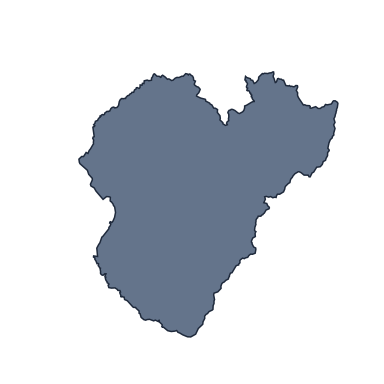 the district of Rong Kwang, Phrae, Thailand, rotated 18°
{"feature_id": "78962969B55827771181130", "entity_name": "Rong Kwang", "entity_type": "district", "adm_level": 2, "iso_a3": "THA", "parent_name": "Thailand", "parent_adm1": "Phrae", "projection": "natural_earth1", "projection_center": [100.384, 18.327], "detail": "fine", "context": "isolated", "style": "filled", "palette": "slate", "viewbox_px": 384, "rotation_deg": 18, "n_neighbors": 0, "source": "geoboundaries", "source_scale": "gbopen_adm2", "svg_char_len": 5952}
<svg xmlns="http://www.w3.org/2000/svg" viewBox="0 0 384 384"><g transform="rotate(18 192 192)"><path d="M215.4,331.1L218.7,329.6L220.2,328.5L222.0,329.8L223.9,329.9L227.4,330.7L232.5,331.1L235.6,330.2L239.4,326.1L240.2,319.8L243.1,314.5L242.6,312.0L243.2,308.3L242.4,306.2L243.2,304.0L244.3,302.9L245.2,300.4L247.7,298.1L248.2,297.2L247.2,293.5L247.4,291.3L246.6,288.8L246.7,287.4L244.4,283.2L244.2,281.4L247.4,279.0L249.4,274.7L248.6,272.6L248.7,269.8L249.4,268.6L250.4,267.7L251.5,265.5L253.5,263.5L253.3,261.9L253.7,260.9L253.4,260.1L253.6,257.3L255.0,256.4L256.7,248.7L257.5,247.8L258.9,247.0L258.7,246.1L259.5,244.5L258.7,242.4L259.1,241.3L260.5,239.3L262.4,239.2L263.2,238.1L264.9,237.1L265.4,236.4L265.6,235.0L266.9,233.0L268.8,232.5L271.0,230.7L270.5,227.0L269.9,225.6L267.6,225.2L265.2,222.8L264.9,221.8L264.0,221.3L263.7,220.0L264.0,217.0L266.0,214.8L264.8,212.0L265.0,209.9L264.2,209.8L263.3,209.0L262.7,206.1L262.8,203.0L262.0,201.7L262.1,200.8L261.5,198.7L261.9,196.8L262.4,196.3L262.4,194.6L265.0,193.7L265.3,192.6L266.4,191.6L266.6,190.6L267.3,189.7L268.0,186.3L270.4,184.2L270.5,183.2L269.9,182.4L268.2,181.7L266.7,179.8L263.6,180.0L264.0,176.2L262.6,174.1L264.0,173.2L266.5,173.2L268.3,172.0L270.6,172.5L272.3,171.4L273.7,171.2L273.5,169.7L273.9,167.7L276.1,167.0L279.0,163.6L279.3,160.5L279.0,158.9L279.2,157.6L281.0,154.1L282.2,152.8L281.9,150.3L282.1,148.6L282.8,147.3L283.1,145.5L284.2,142.9L286.7,140.0L287.5,139.6L289.8,139.9L293.3,141.3L297.3,140.1L298.7,141.4L299.7,141.1L300.3,136.8L301.6,135.4L302.9,129.9L306.2,128.3L307.4,125.5L307.4,122.5L309.2,120.6L309.1,118.6L309.7,115.6L308.8,112.6L309.7,110.3L309.2,109.4L307.7,108.5L307.1,103.0L307.4,99.4L308.6,97.3L308.4,95.7L309.3,94.0L308.6,92.4L308.4,87.4L306.0,84.4L306.5,81.6L304.3,78.5L304.7,76.2L304.4,73.9L304.5,72.2L304.2,70.9L304.3,69.9L303.9,68.5L304.1,66.8L303.4,62.7L302.6,61.8L300.0,61.0L298.5,61.5L298.0,62.3L297.6,64.3L297.1,65.4L293.7,67.3L291.9,67.5L291.2,70.0L289.3,71.2L288.2,72.9L286.1,73.6L283.3,72.6L279.4,75.5L278.5,75.7L278.2,75.5L278.0,74.1L277.1,73.6L274.0,74.4L272.3,74.2L271.0,74.8L264.6,69.8L262.9,68.1L262.1,66.4L261.9,65.1L259.8,63.2L260.1,59.5L259.4,58.3L257.9,58.6L256.8,60.2L255.8,60.6L254.1,60.6L252.9,61.2L251.9,60.6L250.8,61.4L248.3,61.7L244.5,57.3L243.5,57.7L242.2,57.1L240.3,57.6L239.2,57.3L238.4,57.8L238.3,60.8L237.8,62.0L237.4,62.2L234.9,58.6L233.8,57.6L233.3,56.3L233.4,54.5L232.5,52.6L231.9,52.7L230.6,54.1L228.6,55.0L227.6,55.9L224.2,56.7L223.2,57.7L222.3,57.6L220.0,62.0L220.1,63.2L220.5,63.7L220.3,65.1L219.1,68.0L217.6,69.6L215.2,67.1L213.5,67.3L212.4,66.2L208.8,66.2L207.2,65.5L207.7,69.1L208.9,69.3L209.2,70.4L210.0,70.6L211.4,72.0L211.2,74.9L211.7,75.9L212.8,76.0L212.7,78.3L213.4,78.6L214.5,78.1L215.5,78.6L216.7,80.1L217.3,80.0L218.0,81.2L218.9,81.4L218.9,83.1L219.9,83.4L220.3,84.4L221.6,85.5L222.9,86.1L223.2,86.7L222.2,87.1L221.0,88.1L217.0,92.7L215.5,93.9L216.1,95.9L216.1,98.4L215.4,100.1L212.9,102.7L211.5,102.7L207.5,101.2L205.1,100.9L203.7,101.3L203.3,102.1L202.1,102.8L201.6,104.1L201.6,105.5L202.9,106.7L203.8,109.2L204.0,111.1L204.9,112.8L203.8,114.2L203.6,115.9L204.8,117.1L203.2,118.3L200.4,117.6L199.9,116.5L196.3,114.8L196.2,113.3L195.0,110.8L191.5,108.5L190.8,105.7L188.4,105.1L186.7,105.5L183.9,103.0L182.2,102.8L181.3,102.0L177.0,101.3L176.2,99.8L175.8,99.7L171.2,100.0L166.7,99.4L166.5,98.2L167.8,95.5L168.1,92.0L167.8,91.6L165.7,90.3L163.9,90.3L161.4,89.4L160.8,88.7L161.0,85.5L159.0,85.1L158.0,82.9L156.7,81.6L155.2,81.3L153.7,80.5L152.8,80.7L152.3,81.8L151.1,81.2L149.4,81.4L147.9,84.7L146.7,84.9L144.3,87.1L142.2,87.7L140.8,89.0L139.4,91.5L138.2,92.3L135.4,91.6L134.5,91.8L133.8,92.4L131.1,91.0L128.0,90.0L127.1,91.1L127.0,92.5L126.7,92.7L125.2,92.1L122.8,92.7L120.1,91.3L119.5,91.3L119.0,92.3L118.8,95.2L118.3,96.1L118.9,98.2L116.6,99.5L114.8,99.4L112.2,101.0L112.8,103.7L111.3,104.0L111.4,105.9L109.6,106.2L110.2,108.7L109.9,109.6L109.6,109.9L107.8,109.6L106.9,110.0L106.9,111.3L105.8,112.7L105.7,115.2L104.1,115.7L103.8,117.0L102.8,117.8L102.1,119.6L101.0,120.3L100.0,122.3L99.9,123.6L98.7,123.9L97.8,124.6L96.4,124.7L95.3,126.1L94.9,128.3L95.4,132.5L94.6,134.7L92.6,135.9L91.4,135.4L90.0,136.2L89.1,137.7L88.7,140.5L87.9,140.8L87.5,141.4L86.3,141.5L84.6,144.0L84.8,144.6L84.5,145.6L83.9,146.0L82.9,146.0L82.3,146.6L81.7,147.5L81.9,148.1L81.1,148.3L81.5,149.1L81.2,149.2L80.2,151.7L80.1,153.1L78.3,154.6L78.4,156.9L77.7,158.4L79.1,159.1L78.8,160.0L78.4,160.0L77.7,161.0L81.9,169.6L81.0,170.3L81.0,171.6L82.4,173.0L82.9,175.4L83.5,176.8L83.2,177.4L82.1,182.5L81.4,184.2L81.1,187.5L79.1,187.1L77.9,191.8L76.1,192.3L74.3,195.7L75.7,198.6L76.7,199.7L85.8,203.7L88.3,207.1L92.9,209.8L93.5,211.3L93.0,216.0L94.0,217.5L97.7,218.3L100.4,220.8L109.7,226.5L112.2,222.7L115.0,222.1L116.0,222.3L116.9,225.7L117.5,226.2L118.2,226.1L120.8,228.0L121.3,228.9L123.1,230.2L125.6,235.1L126.2,240.1L125.8,244.3L125.3,245.6L123.5,245.5L123.2,246.1L123.3,247.0L124.4,247.1L124.7,247.9L124.6,249.6L123.9,251.3L124.3,252.6L120.9,261.8L120.2,262.8L120.1,268.8L119.5,270.7L118.8,274.8L122.1,282.5L118.2,283.2L118.4,284.3L120.1,284.8L120.4,286.0L122.0,287.3L123.8,289.5L124.5,289.0L125.3,289.1L125.6,291.1L126.5,291.5L127.7,292.8L128.5,292.8L128.6,294.0L129.6,295.8L130.1,297.6L130.7,298.2L132.0,298.8L133.1,298.7L134.4,296.6L135.5,296.4L135.2,299.0L135.8,300.0L136.3,299.8L136.4,301.2L137.7,302.8L139.0,303.6L139.3,304.5L141.1,304.9L141.5,305.7L141.0,306.5L142.4,308.6L145.0,308.3L148.4,307.0L151.0,307.7L151.9,308.5L153.9,308.0L154.9,309.2L154.4,309.6L154.5,310.2L156.4,312.5L156.6,313.5L157.2,313.6L158.2,312.9L158.8,313.2L160.0,313.0L161.1,315.1L164.1,315.4L171.3,319.6L172.1,319.8L174.1,319.2L174.8,319.9L178.4,321.5L179.2,323.7L180.2,323.8L182.4,327.0L185.7,328.3L187.6,328.2L188.7,327.2L191.0,326.2L195.4,326.4L196.7,325.2L199.9,325.6L200.0,324.5L200.4,324.2L201.2,325.7L204.5,327.3L204.9,328.1L204.8,329.1L205.6,329.8L206.7,329.4L211.7,331.4L215.4,331.1Z" fill="#64748b" stroke="#1e293b" stroke-width="1.5"/></g></svg>